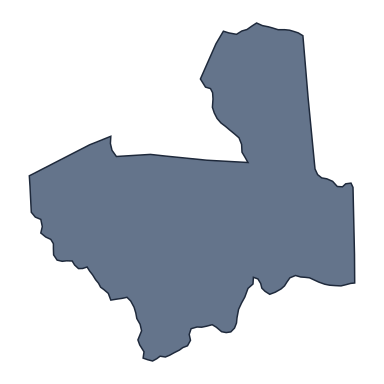 Umirim, Ceará, Brazil (Natural Earth projection)
{"feature_id": "56859067B7919726635924", "entity_name": "Umirim", "entity_type": "district", "adm_level": 2, "iso_a3": "BRA", "parent_name": "Brazil", "parent_adm1": "Ceará", "projection": "natural_earth1", "projection_center": [-39.389, -3.68], "detail": "fine", "context": "isolated", "style": "filled", "palette": "slate", "viewbox_px": 384, "rotation_deg": 0, "n_neighbors": 0, "source": "geoboundaries", "source_scale": "gbopen_adm2", "svg_char_len": 1895}
<svg xmlns="http://www.w3.org/2000/svg" viewBox="0 0 384 384"><path d="M143.1,358.1L147.6,359.7L152.6,361.0L156.8,358.7L160.1,356.2L165.4,357.0L169.7,355.2L174.2,352.7L179.4,350.1L182.8,347.6L187.5,345.8L190.5,340.3L189.2,334.4L191.1,328.7L197.0,327.0L201.7,327.2L206.6,326.2L212.2,324.7L216.3,327.2L221.6,331.7L226.2,332.6L230.8,331.9L234.5,328.1L236.5,323.0L237.0,317.8L238.6,309.3L241.6,302.9L244.8,297.1L248.0,288.4L253.0,284.0L253.4,277.3L257.9,278.9L260.7,283.5L261.8,288.1L265.0,291.3L269.7,294.3L275.3,292.2L281.1,288.9L284.5,285.9L286.9,282.1L289.9,277.8L295.5,275.5L300.7,277.0L304.9,277.3L309.5,277.8L313.6,279.7L318.8,282.1L324.7,284.2L329.6,285.2L335.2,285.6L341.0,285.9L345.9,284.7L350.7,283.4L354.7,283.0L354.5,254.4L353.0,187.4L351.0,183.1L345.7,183.8L342.5,186.8L337.3,186.5L332.6,181.3L326.8,178.8L321.7,177.9L317.6,174.6L315.0,168.9L308.1,97.8L302.9,35.7L298.3,32.9L294.0,31.5L289.6,30.2L284.8,29.7L278.1,29.7L272.7,28.0L268.4,26.8L262.4,25.6L256.6,23.0L252.1,25.9L247.0,29.5L241.8,31.0L236.5,34.3L228.8,32.9L223.4,31.2L216.0,43.7L200.4,79.0L205.5,87.1L210.5,88.6L212.6,92.7L213.0,99.0L212.4,107.3L214.3,113.0L217.1,118.5L221.0,123.0L225.5,126.4L229.6,129.9L234.5,133.9L239.0,137.8L241.6,144.4L242.0,152.2L245.1,157.4L248.0,162.5L206.6,160.2L164.9,156.0L150.4,154.4L116.4,156.5L112.0,150.3L110.4,143.5L110.8,136.3L89.6,144.8L29.3,175.8L30.0,186.3L30.4,194.5L31.3,212.3L35.3,217.1L40.8,219.4L42.3,226.6L40.8,233.0L45.7,237.0L50.8,239.4L53.4,243.7L53.4,248.6L53.6,254.9L57.1,260.1L62.2,261.3L66.7,260.8L72.2,261.0L74.6,265.0L78.5,268.6L82.6,268.5L87.1,267.0L89.6,271.0L92.7,275.0L95.6,279.7L98.5,283.2L100.6,287.2L104.0,289.7L108.3,293.4L110.8,300.1L116.9,299.1L121.9,298.4L127.0,297.3L130.7,301.0L134.1,307.3L135.8,313.0L136.8,318.5L140.1,324.3L141.6,330.8L139.6,335.7L137.9,339.9L139.7,344.9L144.0,351.8L143.1,358.1Z" fill="#64748b" stroke="#1e293b" stroke-width="1.5"/></svg>